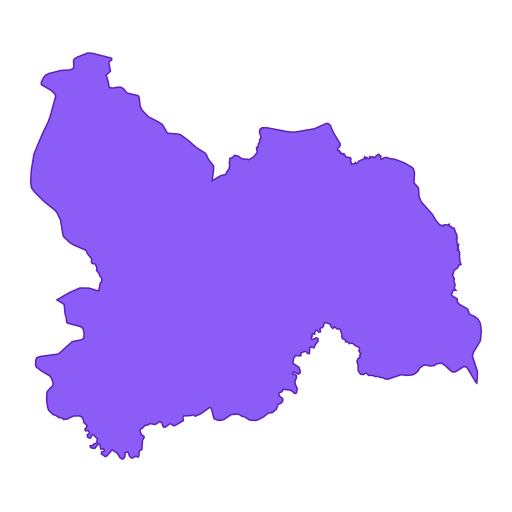 the district of Mae Lao, Chiang Rai, Thailand
{"feature_id": "78962969B15222639850860", "entity_name": "Mae Lao", "entity_type": "district", "adm_level": 2, "iso_a3": "THA", "parent_name": "Thailand", "parent_adm1": "Chiang Rai", "projection": "albers", "projection_center": [99.739, 19.779], "detail": "fine", "context": "isolated", "style": "filled", "palette": "violet", "viewbox_px": 512, "rotation_deg": 0, "n_neighbors": 0, "source": "geoboundaries", "source_scale": "gbopen_adm2", "svg_char_len": 5985}
<svg xmlns="http://www.w3.org/2000/svg" viewBox="0 0 512 512"><path d="M476.9,383.1L477.5,371.8L472.4,355.9L473.5,352.2L480.4,340.7L481.3,330.8L480.4,323.5L478.1,319.3L475.1,316.8L469.5,314.1L467.7,309.1L459.6,304.4L457.4,302.1L457.3,299.0L451.9,295.5L451.2,294.4L452.4,292.8L452.5,291.1L453.8,290.3L455.9,290.4L454.3,288.4L455.1,284.8L453.8,280.3L454.4,278.8L452.3,275.0L453.2,274.1L454.0,270.5L457.7,267.8L458.9,264.8L460.5,264.9L461.0,264.3L460.1,262.1L459.4,255.6L459.8,254.8L459.2,253.4L459.7,252.6L458.9,251.0L457.5,250.4L458.6,249.3L457.6,248.3L458.3,247.8L457.8,247.0L458.4,246.2L457.6,245.3L458.5,244.8L457.5,244.3L457.7,243.1L456.6,242.3L457.0,239.2L456.2,238.8L457.1,237.6L456.7,234.5L455.4,232.2L454.2,228.1L452.4,228.0L451.3,226.6L449.6,226.3L449.2,224.2L447.7,225.0L444.0,224.7L443.2,226.2L441.0,225.0L440.1,225.3L436.3,220.9L432.2,214.2L421.1,201.6L419.2,196.9L418.4,187.8L414.0,182.8L414.5,172.9L413.6,169.2L412.4,167.6L404.6,163.0L394.7,159.2L390.2,158.7L386.0,157.3L384.2,157.7L382.1,159.1L381.0,159.1L380.8,156.0L379.8,155.7L378.8,154.2L376.4,155.6L374.6,157.8L372.6,156.7L371.4,157.2L369.8,156.6L370.0,157.9L368.5,158.6L366.9,157.6L366.2,158.6L366.1,157.5L365.3,157.9L364.6,156.9L364.0,158.8L358.7,161.2L356.7,163.6L355.7,163.6L355.2,162.6L354.1,163.9L351.3,163.9L351.3,162.3L350.3,160.9L351.0,159.4L350.7,158.0L345.5,156.6L345.0,155.1L343.6,154.6L343.9,153.7L341.1,153.7L340.9,152.2L339.8,152.2L339.2,150.4L338.2,150.7L337.5,149.9L337.7,148.3L338.9,147.5L340.2,145.5L340.0,143.5L333.7,133.1L330.2,125.2L328.2,123.6L326.4,123.4L314.3,128.8L294.1,132.2L287.8,131.7L266.6,127.7L261.7,127.8L261.5,128.5L260.0,129.1L259.5,132.3L261.0,137.1L259.6,139.9L259.7,141.8L258.3,144.1L258.1,147.1L256.6,147.3L257.0,148.7L256.5,149.3L257.4,152.2L253.7,156.8L248.8,159.9L248.1,159.3L242.2,158.9L238.3,156.2L234.6,155.3L232.2,157.8L229.9,158.3L229.3,163.7L230.0,166.0L229.2,167.1L229.1,168.8L226.5,172.2L226.3,174.2L220.2,175.9L212.1,180.8L213.6,169.7L213.6,166.0L208.3,159.1L206.3,154.5L204.7,152.8L196.3,147.5L188.7,140.8L180.7,134.8L178.0,134.0L167.4,133.2L162.5,124.6L158.8,122.1L148.5,116.9L141.8,109.9L140.2,106.1L139.1,97.2L138.0,95.6L127.0,93.0L123.6,88.8L121.0,87.3L118.3,87.1L112.8,88.1L109.2,87.5L108.3,81.9L106.2,75.1L110.5,71.2L108.8,62.8L109.2,61.7L111.6,60.1L111.7,58.2L92.1,53.2L87.7,53.0L77.3,57.1L74.3,58.9L73.5,60.8L73.8,66.8L73.3,68.4L72.6,68.8L69.5,70.0L61.2,70.4L48.6,73.6L45.5,75.2L43.4,77.8L41.4,82.0L41.3,84.6L50.9,90.3L54.6,93.5L55.7,96.1L50.4,115.7L48.0,122.3L42.5,133.6L34.0,153.9L31.3,170.3L30.7,182.0L31.2,186.4L31.7,188.2L34.8,192.3L44.4,201.8L54.8,210.1L56.8,212.4L60.4,219.6L63.0,235.1L64.1,237.3L70.1,242.8L73.0,244.6L86.1,250.4L87.4,253.6L91.8,259.1L91.3,261.5L92.1,263.5L94.6,263.8L95.6,264.6L96.0,266.1L96.8,266.8L96.6,270.4L99.2,273.8L99.6,275.7L101.4,277.6L101.8,279.5L101.6,281.9L100.3,282.7L98.7,291.0L88.8,288.1L79.9,288.0L69.9,292.3L56.9,299.8L64.1,304.4L65.1,314.2L66.2,317.5L66.6,321.8L67.4,323.1L80.5,326.6L83.1,328.6L84.1,333.6L83.7,338.3L81.4,339.8L72.3,341.6L59.0,353.5L57.8,354.1L40.0,356.5L36.8,357.7L35.7,360.3L35.6,365.4L36.2,366.9L41.6,371.1L49.7,375.9L51.1,377.5L53.0,382.3L52.9,385.5L47.6,391.0L46.8,392.9L46.6,400.3L47.6,407.2L48.7,410.4L53.2,414.7L55.4,415.2L58.9,417.6L62.2,417.9L63.5,419.5L67.2,419.1L73.5,416.0L79.3,415.9L81.5,416.8L83.0,418.7L83.9,422.6L87.0,425.5L86.4,427.7L84.9,429.0L85.5,430.8L88.3,430.7L89.5,432.4L89.1,433.8L87.3,434.6L87.6,437.2L89.3,438.1L90.7,437.9L92.2,434.8L93.0,434.5L97.3,438.7L96.7,443.2L94.4,443.6L92.5,445.5L90.1,445.7L90.2,446.9L91.2,447.9L94.7,448.5L97.9,444.5L99.8,444.2L100.6,448.9L101.5,449.3L103.6,448.8L104.4,450.1L103.8,451.4L101.5,452.0L101.4,453.9L105.2,456.6L107.0,455.8L112.2,449.8L117.4,453.4L120.1,457.8L122.0,459.0L123.1,459.0L124.1,458.0L124.9,456.3L125.1,452.8L126.9,451.9L128.0,452.3L129.6,456.3L131.2,457.9L132.6,458.0L135.7,456.3L138.2,457.1L138.9,455.9L139.2,451.1L141.9,449.6L142.5,440.4L144.2,437.3L143.7,436.0L141.5,434.8L139.7,429.8L142.2,428.3L145.4,425.2L148.0,425.0L149.8,423.6L155.3,424.5L159.6,421.6L161.9,422.9L162.8,426.0L163.8,427.2L165.3,427.1L169.8,423.8L171.5,424.1L173.2,425.6L174.8,425.7L183.3,420.7L182.9,417.3L183.3,416.0L190.4,415.6L193.1,414.8L195.3,416.2L200.8,413.8L209.7,407.4L210.9,408.0L211.7,409.7L214.0,418.7L218.5,420.4L221.6,420.2L224.1,419.4L231.1,414.6L237.2,414.1L239.0,414.3L241.4,416.0L245.0,417.1L249.4,420.0L255.0,420.5L257.8,419.9L263.4,417.0L268.4,413.0L272.3,412.6L276.3,409.3L277.9,404.7L281.2,403.0L282.7,401.2L282.7,398.6L279.3,395.8L278.8,393.7L279.3,392.7L282.0,391.7L283.2,389.3L289.9,390.1L292.1,391.2L294.4,393.3L295.4,393.5L296.5,392.9L297.2,388.3L295.2,384.1L295.0,380.8L296.5,377.8L296.5,376.0L295.7,375.0L292.8,374.0L292.6,372.9L293.7,371.9L298.5,374.2L300.2,372.8L300.4,371.7L299.0,367.3L292.9,363.3L293.5,358.7L295.6,355.5L300.2,356.0L301.0,355.3L300.9,353.1L304.3,351.4L306.5,351.9L307.7,353.6L309.4,353.5L309.8,347.6L311.3,347.0L314.0,347.9L315.5,344.3L318.1,341.2L318.0,338.6L316.4,337.7L312.7,339.4L311.5,339.0L311.3,337.6L312.2,336.2L311.9,334.0L312.6,333.7L314.7,334.3L315.0,331.5L316.2,330.0L317.5,330.4L318.5,332.2L320.4,331.9L320.6,331.2L319.9,328.7L320.6,328.0L322.4,327.7L323.6,326.1L323.8,323.7L325.1,322.5L329.9,324.0L331.3,326.9L332.8,328.5L334.5,326.7L337.3,329.1L339.0,328.8L340.4,329.8L341.9,334.7L341.8,337.2L342.6,338.6L345.5,340.1L345.5,341.8L348.0,342.1L349.4,343.7L350.9,343.1L353.0,343.5L354.9,345.4L359.3,347.5L359.6,349.1L358.8,350.8L360.6,353.6L360.6,354.2L359.7,355.0L360.2,357.1L358.3,358.2L356.9,361.2L358.1,365.2L358.1,370.6L360.6,374.3L363.4,374.6L365.3,373.3L366.4,373.3L368.6,375.4L372.5,375.4L375.4,376.6L378.5,376.4L380.0,377.4L382.6,377.6L385.5,379.1L388.2,379.1L400.9,374.8L407.7,375.4L412.7,374.8L415.3,373.5L417.8,371.3L419.8,367.9L423.8,365.2L426.1,365.0L430.1,366.0L434.5,365.5L436.1,364.1L441.0,363.0L444.9,365.3L450.4,370.6L452.6,372.0L455.4,371.9L463.7,366.6L466.2,366.9L467.2,367.8L475.8,382.3L476.9,383.1Z" fill="#8b5cf6" stroke="#5b21b6" stroke-width="1.5"/></svg>